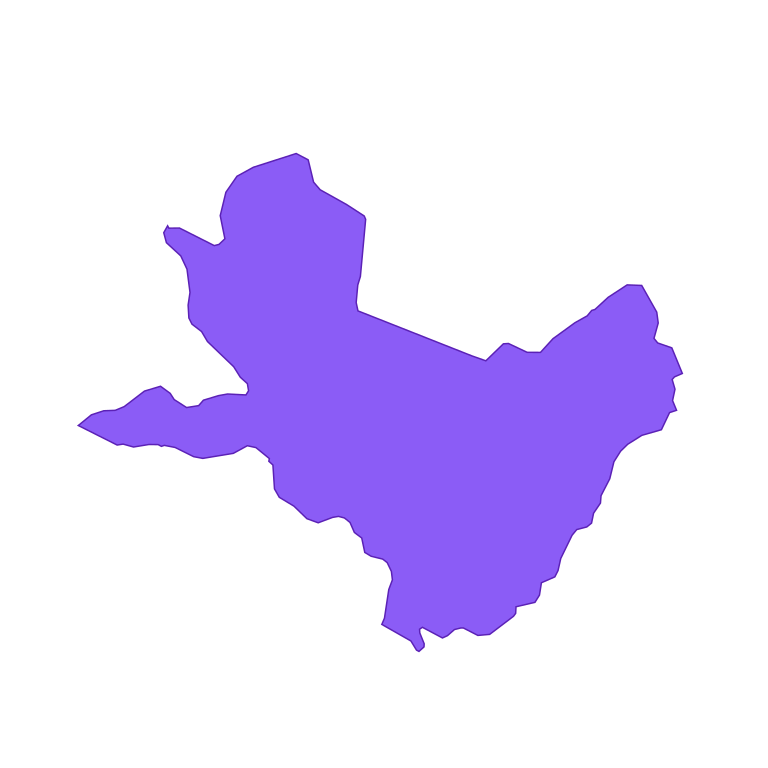 outline of San José del Golfo, Guatemala, rotated 120°
{"feature_id": "79465075B18750582081906", "entity_name": "San José del Golfo", "entity_type": "district", "adm_level": 2, "iso_a3": "GTM", "parent_name": "Guatemala", "parent_adm1": "", "projection": "albers", "projection_center": [-90.366, 14.787], "detail": "medium", "context": "isolated", "style": "filled", "palette": "violet", "viewbox_px": 768, "rotation_deg": 120, "n_neighbors": 0, "source": "geoboundaries", "source_scale": "gbopen_adm2", "svg_char_len": 1971}
<svg xmlns="http://www.w3.org/2000/svg" viewBox="0 0 768 768"><g transform="rotate(120 384 384)"><path d="M169.8,210.1L176.6,223.0L196.8,233.2L214.0,238.6L216.4,240.9L223.4,242.1L235.3,249.2L260.2,260.3L278.4,264.3L285.0,275.9L286.7,296.5L289.5,300.7L313.0,307.4L315.7,321.9L333.7,443.1L327.4,448.8L311.4,456.2L302.7,458.2L250.6,482.2L248.4,485.1L247.3,505.9L247.7,536.4L244.4,545.9L227.8,561.7L228.3,575.3L261.6,605.5L277.6,615.2L297.0,616.8L320.1,610.0L337.8,594.4L345.6,596.7L349.0,600.2L351.2,639.1L356.6,648.2L355.2,650.5L363.1,650.4L370.4,643.1L374.7,624.0L383.1,612.0L401.7,597.8L413.6,593.1L424.4,586.0L428.2,580.2L429.8,568.2L435.5,558.1L444.2,522.8L450.0,511.8L452.0,502.5L457.6,497.9L462.5,498.1L470.9,514.5L476.8,521.5L488.3,532.3L495.4,533.7L503.1,543.2L502.4,557.9L499.0,564.5L497.7,576.4L509.9,587.9L533.5,597.7L541.2,603.6L547.3,613.3L557.0,622.0L572.8,628.0L570.3,584.6L566.5,579.9L563.8,569.4L553.9,557.3L549.4,549.3L549.3,545.6L547.0,543.6L543.4,533.2L542.1,512.5L539.0,503.7L519.4,479.8L505.8,471.5L503.1,463.1L505.9,446.0L508.5,445.1L509.7,439.7L529.6,426.4L534.5,418.0L534.8,401.0L539.2,383.4L537.1,371.6L525.2,361.8L521.4,357.2L519.8,351.3L520.9,344.2L527.4,335.4L528.5,326.3L539.5,316.4L539.6,308.9L536.3,297.6L537.1,291.9L542.6,283.9L549.4,278.8L559.6,277.1L586.6,266.5L593.3,265.7L593.1,232.2L598.2,222.8L598.1,220.0L591.7,217.9L588.9,219.3L581.7,228.5L578.6,230.6L575.5,229.1L574.7,206.4L570.2,203.2L561.4,200.2L556.8,195.4L555.6,193.3L554.8,177.0L548.0,167.3L520.4,155.7L516.8,155.3L510.9,158.3L497.6,144.1L489.1,143.8L477.4,148.3L465.6,139.6L458.5,140.0L446.7,143.7L421.0,145.5L413.7,144.3L406.4,136.9L400.7,134.7L391.1,137.9L378.9,137.0L372.2,140.2L353.2,141.1L336.4,146.0L323.9,145.5L314.3,142.8L299.5,135.0L284.9,120.9L266.0,122.4L260.5,117.5L254.1,125.8L243.0,129.4L236.0,136.7L232.6,136.0L225.7,130.9L208.8,152.8L211.6,167.5L209.5,173.0L194.1,177.0L185.4,183.7L169.8,210.1Z" fill="#8b5cf6" stroke="#5b21b6" stroke-width="1.5"/></g></svg>